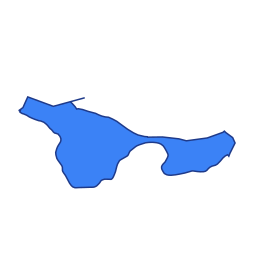 the district of Grande Riviere, Dennery, Saint Lucia, rotated 152°
{"feature_id": "8701671B60568978044101", "entity_name": "Grande Riviere", "entity_type": "district", "adm_level": 2, "iso_a3": "LCA", "parent_name": "Saint Lucia", "parent_adm1": "Dennery", "projection": "albers", "projection_center": [-60.932, 13.933], "detail": "fine", "context": "isolated", "style": "filled", "palette": "blue", "viewbox_px": 256, "rotation_deg": 152, "n_neighbors": 0, "source": "geoboundaries", "source_scale": "gbopen_adm2", "svg_char_len": 2225}
<svg xmlns="http://www.w3.org/2000/svg" viewBox="0 0 256 256"><g transform="rotate(152 128 128)"><path d="M44.4,80.0L46.2,79.6L62.7,82.0L82.5,89.3L88.1,94.5L101.8,103.9L115.0,110.7L115.0,111.2L116.0,111.8L117.4,112.7L118.3,113.5L122.4,117.1L125.4,121.1L128.9,127.0L132.9,135.2L134.8,139.2L137.4,143.1L140.1,146.6L141.3,147.4L142.8,148.4L144.6,150.0L145.5,150.8L147.9,153.6L148.9,155.0L149.7,156.1L155.4,161.4L159.4,165.6L162.9,168.4L163.3,168.5L164.4,168.8L164.6,170.6L164.7,171.6L165.8,176.0L166.7,178.3L152.0,175.0L167.1,178.4L183.8,182.2L201.9,202.5L205.7,199.6L211.2,195.3L215.8,194.7L215.9,194.4L215.8,194.0L214.4,194.5L215.9,192.6L214.6,190.4L213.7,189.6L211.5,186.9L210.0,184.2L208.2,181.8L206.2,179.4L203.4,176.4L201.7,175.1L199.6,172.6L198.5,170.1L197.8,168.0L197.6,166.7L197.1,164.3L196.3,162.3L195.9,160.5L195.8,159.6L195.2,158.1L193.8,156.8L192.4,155.2L192.4,154.3L192.1,153.3L192.0,152.2L192.3,150.0L193.1,148.5L194.3,147.3L196.6,146.0L197.8,145.3L199.3,144.3L200.9,142.9L203.3,140.4L204.3,138.0L205.1,134.5L205.0,132.6L204.6,129.5L204.2,126.4L204.2,125.0L204.4,124.1L205.8,121.3L206.0,120.4L205.9,118.5L205.5,115.2L205.5,112.1L205.5,106.7L205.1,103.8L204.4,101.9L202.9,100.2L201.8,99.6L199.2,98.4L194.6,96.1L189.5,93.6L187.4,92.5L185.8,91.8L184.4,91.6L182.9,91.6L180.5,92.3L178.8,92.9L176.4,94.2L174.8,94.2L172.7,93.8L171.2,93.0L167.0,90.6L166.4,90.6L165.3,90.9L163.8,91.8L161.8,93.4L159.6,95.3L155.9,99.4L154.1,101.1L151.0,103.1L149.8,103.4L142.8,103.6L141.5,103.7L140.4,104.2L138.4,105.8L137.1,106.6L136.2,106.8L133.6,107.3L130.4,107.9L128.7,108.1L126.2,107.9L124.3,107.6L119.4,106.7L116.1,105.4L112.8,103.7L109.8,101.7L107.9,100.1L106.4,98.2L105.3,95.7L105.0,93.3L104.9,89.4L105.0,86.5L105.3,85.3L106.0,84.3L107.4,83.1L111.2,80.6L112.7,80.1L114.2,79.6L115.3,79.0L116.3,78.3L117.0,77.2L117.4,76.1L117.5,75.1L117.5,73.1L117.3,70.8L115.8,68.6L114.4,67.4L112.2,66.1L108.1,64.4L104.4,63.2L99.0,61.6L93.4,60.4L91.9,60.1L90.8,59.6L87.2,57.0L84.7,55.4L81.9,54.0L80.1,53.5L79.6,53.5L78.3,53.6L76.5,54.3L74.3,54.9L71.8,54.9L68.2,54.1L66.0,54.2L61.9,55.5L58.2,57.0L55.1,57.7L52.7,57.6L52.3,56.5L52.2,55.8L50.0,57.7L40.5,64.5L40.1,70.4L43.8,78.1L44.4,80.0Z" fill="#3b82f6" stroke="#1e3a8a" stroke-width="1.5"/></g></svg>